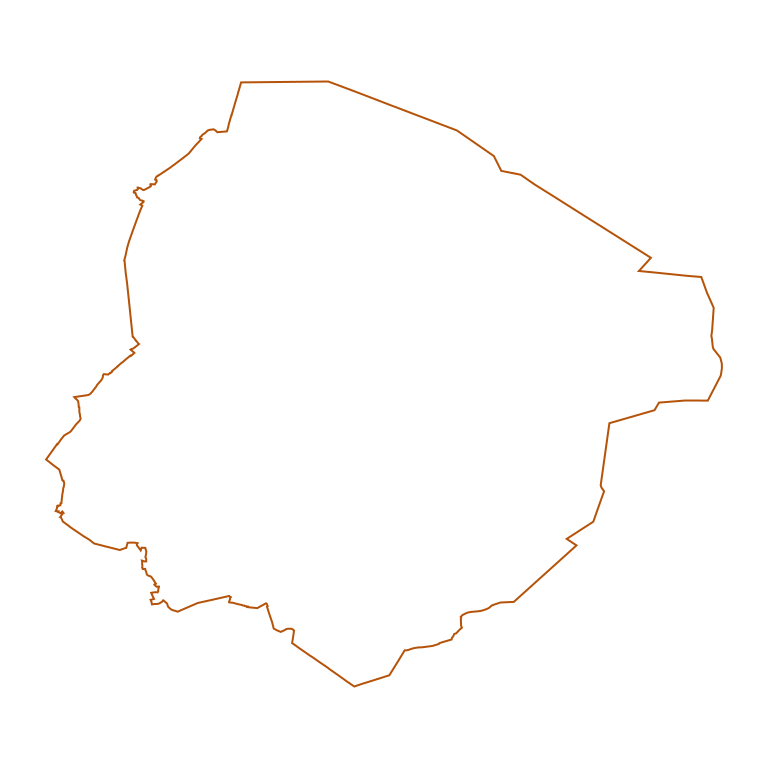 Winterswijk, Gelderland, Netherlands (Robinson projection)
{"feature_id": "6326949B79169073187594", "entity_name": "Winterswijk", "entity_type": "district", "adm_level": 2, "iso_a3": "NLD", "parent_name": "Netherlands", "parent_adm1": "Gelderland", "projection": "robinson", "projection_center": [6.688, 51.968], "detail": "fine", "context": "isolated", "style": "outline", "palette": "amber", "viewbox_px": 768, "rotation_deg": 0, "n_neighbors": 0, "source": "geoboundaries", "source_scale": "gbopen_adm2", "svg_char_len": 5881}
<svg xmlns="http://www.w3.org/2000/svg" viewBox="0 0 768 768"><path d="M177.6,611.7L197.7,603.0L213.1,599.6L228.6,596.1L229.1,596.0L229.2,596.3L230.3,596.9L230.8,597.1L230.3,597.8L230.0,598.4L230.0,599.3L229.1,601.6L229.1,602.3L230.9,602.6L233.1,602.8L236.5,603.8L241.8,605.0L243.3,605.6L244.0,605.5L244.6,605.9L244.8,606.0L245.1,606.0L245.7,606.3L246.3,606.2L246.8,606.5L246.9,607.0L247.0,607.1L247.4,606.9L247.7,606.5L248.0,606.5L248.2,607.0L248.6,607.1L248.9,607.3L257.3,608.1L266.0,603.3L267.0,604.2L267.6,606.3L267.0,606.7L269.1,613.4L272.1,622.2L273.7,628.5L277.3,630.5L280.8,631.9L282.6,631.1L285.5,629.7L286.2,629.1L288.2,628.7L289.0,628.8L290.5,628.7L291.8,628.9L292.5,629.2L293.1,629.8L294.0,630.4L293.5,634.5L292.1,643.1L294.9,645.0L299.7,648.5L309.5,655.3L313.5,657.9L319.6,662.2L328.0,667.9L329.3,669.0L340.3,676.7L347.2,681.7L354.3,686.5L361.3,684.1L382.4,677.5L386.0,676.3L389.1,675.4L389.3,675.3L389.5,675.0L398.2,661.0L404.7,650.3L406.8,650.3L409.1,649.7L411.9,648.7L413.8,648.2L415.8,647.8L418.7,647.4L422.1,647.3L429.0,646.4L432.6,645.9L438.8,644.0L439.3,643.2L442.4,642.2L451.6,639.5L452.0,637.7L453.2,636.4L454.2,634.0L456.2,633.3L459.8,629.5L461.9,627.7L461.1,625.9L460.9,619.8L460.7,619.4L461.2,618.1L460.7,616.9L462.7,614.9L467.0,612.8L470.3,612.0L478.9,611.2L482.1,610.6L486.0,609.3L488.7,608.1L492.1,605.3L500.4,602.5L513.8,601.9L576.5,545.4L566.7,538.9L593.3,521.7L599.7,503.5L604.1,491.2L601.4,487.5L600.7,485.2L609.4,423.2L654.5,410.2L659.0,402.6L685.3,400.5L707.8,400.6L720.7,375.7L721.1,373.7L721.9,368.3L721.8,363.5L720.3,357.6L713.4,348.9L712.7,346.2L712.0,339.2L711.5,336.6L711.3,336.2L711.8,332.9L712.2,329.3L713.5,310.7L713.7,307.8L707.0,292.8L701.3,277.0L687.8,275.9L651.6,272.2L638.9,271.0L650.9,257.8L576.1,210.6L557.8,199.0L534.2,184.2L520.6,174.7L501.3,170.9L493.9,156.1L457.0,130.5L389.8,104.9L357.3,92.4L328.2,81.5L241.1,82.4L238.4,91.8L238.4,91.7L238.2,92.1L238.1,92.6L237.8,94.1L235.7,100.9L231.6,115.2L231.4,115.1L231.1,116.2L228.8,124.1L228.8,124.3L228.3,126.7L227.1,130.9L226.9,131.4L217.3,132.2L215.7,130.6L213.7,129.3L213.2,129.3L212.1,129.6L210.8,129.6L210.4,129.8L209.1,129.9L208.5,130.2L207.8,130.6L207.5,130.6L205.5,132.7L204.8,133.2L204.5,133.3L204.1,133.7L202.4,134.8L202.2,135.1L201.8,135.8L201.5,136.1L200.4,136.8L199.8,138.2L200.0,138.4L201.5,139.0L195.2,145.7L191.4,150.3L188.7,153.6L182.9,158.1L170.0,167.8L158.0,175.8L157.9,175.6L157.6,175.8L156.1,177.2L155.1,179.6L155.7,179.9L156.2,179.9L156.5,180.1L156.7,181.3L156.7,181.6L155.9,182.6L155.0,184.1L154.7,184.5L153.6,184.3L152.6,184.2L150.8,184.1L150.4,184.2L150.3,184.7L150.3,184.8L150.8,185.3L150.9,185.6L150.9,186.1L150.6,186.4L149.5,187.1L145.8,189.1L143.7,190.1L142.7,189.8L140.9,188.5L138.3,187.6L137.8,187.6L137.6,187.6L137.6,188.0L137.9,188.9L137.9,189.1L137.2,189.9L135.7,190.3L135.4,190.5L134.8,190.5L134.2,190.7L133.8,191.7L133.7,192.4L133.8,192.6L135.5,193.0L135.8,194.1L135.9,194.5L136.0,195.0L136.5,195.5L136.6,195.8L137.1,197.4L138.7,198.0L139.5,199.3L140.0,199.9L140.6,200.2L141.3,200.4L143.6,201.1L143.7,201.3L143.7,201.6L143.4,202.1L142.7,202.5L142.6,202.8L140.3,204.5L142.3,205.7L140.3,210.4L138.3,215.5L137.7,217.4L136.8,219.5L136.7,219.9L135.8,222.4L133.0,230.1L129.0,241.5L127.9,245.2L127.1,248.2L125.4,256.1L124.3,260.2L124.5,260.2L125.6,272.0L127.1,283.4L130.2,312.8L130.5,316.0L132.7,336.9L132.8,337.0L133.2,336.9L134.2,338.2L135.6,340.3L135.7,340.2L135.9,340.4L138.7,344.0L138.9,344.1L136.6,346.0L135.3,346.9L135.1,347.2L133.3,348.4L132.6,348.8L131.3,349.1L130.9,349.3L130.5,349.6L134.1,352.6L134.4,352.9L130.8,356.0L130.4,355.6L126.0,359.2L122.9,361.9L120.9,363.4L117.5,366.4L117.6,366.5L112.1,371.0L111.9,371.3L112.1,371.7L110.4,373.1L110.1,372.9L108.2,374.5L108.0,374.4L106.9,374.5L103.8,374.1L103.5,374.4L103.0,375.5L102.9,375.8L102.9,376.4L102.9,376.9L102.2,378.6L101.4,380.0L100.9,380.6L97.2,384.8L96.7,385.6L96.1,386.7L92.0,392.0L90.7,393.4L90.4,393.7L89.3,394.5L88.3,395.0L87.8,395.1L74.3,397.1L75.3,398.3L76.6,399.4L77.3,400.0L77.8,400.7L78.1,401.2L78.3,402.2L78.6,404.6L78.7,405.7L78.8,407.2L79.3,407.3L79.4,412.4L79.9,414.3L80.1,416.5L80.6,418.2L80.6,418.8L79.6,420.7L75.8,424.7L73.8,427.4L70.9,431.2L70.1,431.9L69.4,432.4L64.6,435.2L64.0,435.6L63.9,435.8L61.1,439.3L57.5,444.4L57.1,444.1L46.1,459.5L53.6,465.4L59.3,469.6L62.1,479.1L62.3,480.2L63.1,481.0L63.5,480.8L64.0,482.2L64.1,482.6L64.2,483.1L64.2,484.2L63.6,487.4L63.4,487.7L63.2,488.6L63.1,489.7L62.8,492.1L62.4,493.8L61.4,503.1L60.6,503.2L60.4,505.3L57.5,505.7L57.3,505.9L58.0,506.4L57.1,507.2L56.9,508.4L55.8,511.1L58.3,511.3L57.9,511.9L60.7,513.2L62.3,511.5L63.3,512.7L63.4,512.9L63.2,512.9L60.4,516.8L60.7,516.8L62.9,521.6L69.2,526.2L69.3,526.4L72.5,528.7L74.6,530.1L78.7,532.9L84.6,536.9L85.1,537.1L89.3,539.7L94.1,543.5L104.7,546.2L105.4,546.5L105.9,546.5L119.8,550.0L125.7,547.9L126.2,547.9L127.6,542.8L130.9,542.6L133.1,542.6L134.8,542.7L137.6,543.2L136.9,544.3L136.8,544.8L136.8,545.1L137.0,545.4L140.7,550.4L141.6,547.7L145.3,547.9L145.4,548.0L145.5,548.3L145.6,549.1L146.3,551.5L146.3,551.8L146.1,553.9L145.4,557.2L145.7,557.7L145.9,558.1L146.2,559.1L146.2,561.4L144.4,561.4L141.9,560.6L142.2,562.1L142.1,564.1L142.4,565.8L142.4,566.3L142.1,567.7L142.7,568.3L142.9,568.7L142.9,569.0L145.2,568.9L145.4,570.0L146.2,572.0L146.6,573.5L146.9,574.3L147.1,574.7L147.5,575.2L148.3,575.6L150.7,576.4L150.9,576.6L151.8,577.6L153.9,580.5L155.9,583.7L154.4,584.4L154.3,584.6L154.5,584.8L156.5,586.7L158.2,586.6L159.0,586.6L159.0,586.8L158.4,588.7L158.3,589.7L158.1,592.2L158.2,592.4L158.4,592.5L157.6,592.4L156.8,592.3L156.0,592.2L154.5,592.3L151.2,592.8L152.5,595.8L154.0,598.9L152.1,599.5L150.6,599.8L151.0,600.8L151.3,601.5L151.8,603.6L152.0,604.4L154.0,604.1L158.4,603.8L160.1,603.0L162.2,601.6L163.2,600.3L164.2,601.0L167.1,603.6L167.9,606.2L168.5,607.2L169.1,607.7L171.2,609.5L172.2,610.0L176.1,611.1L177.6,611.7Z" fill="none" stroke="#b45309" stroke-width="2"/></svg>